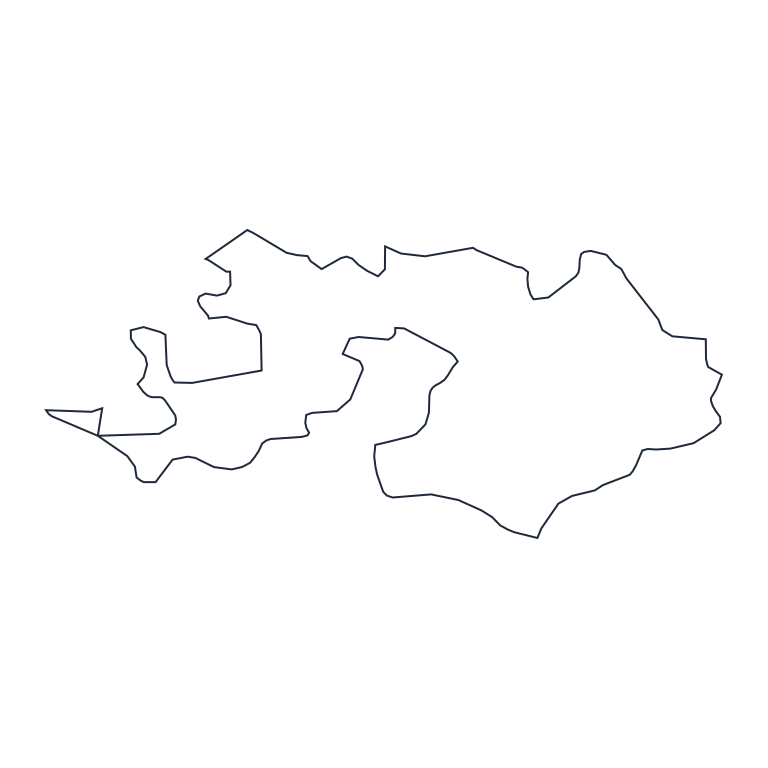 map outline of Basel-Landschaft (Robinson projection)
{"feature_id": "CHE-3423", "entity_name": "Basel-Landschaft", "entity_type": "Canton", "adm_level": 1, "iso_a3": "CHE", "parent_name": "Switzerland", "parent_adm1": "", "projection": "robinson", "projection_center": [7.631, 47.451], "detail": "fine", "context": "isolated", "style": "outline", "palette": "slate", "viewbox_px": 768, "rotation_deg": 0, "n_neighbors": 0, "source": "natural_earth", "source_scale": "10m", "svg_char_len": 2449}
<svg xmlns="http://www.w3.org/2000/svg" viewBox="0 0 768 768"><path d="M425.0,256.3L473.0,247.8L476.5,250.1L516.4,266.7L521.5,267.5L524.0,268.9L528.1,272.2L527.4,278.8L528.1,286.7L530.5,294.5L533.5,299.3L548.3,297.5L575.8,276.3L578.5,272.5L579.3,268.1L579.8,259.5L581.2,253.9L584.2,251.9L590.8,250.9L606.4,254.8L615.1,264.9L621.3,269.0L626.4,278.4L658.4,319.6L662.3,330.0L672.3,336.3L705.8,339.3L706.0,358.7L707.2,364.3L708.2,367.0L721.9,374.7L716.2,389.4L710.9,398.2L711.1,401.3L713.0,406.5L716.2,411.7L720.0,416.8L720.6,423.2L714.2,430.3L693.5,443.2L670.4,448.6L656.4,449.5L647.7,449.0L642.3,450.5L636.2,465.0L632.6,471.4L629.7,474.8L602.9,485.1L594.8,490.4L572.1,495.9L558.4,503.6L541.3,528.5L537.4,538.0L514.2,532.2L507.7,529.5L500.2,525.4L492.1,517.1L481.4,510.4L458.3,500.0L431.1,494.4L392.6,497.5L386.8,495.5L383.2,491.8L377.1,474.5L375.4,466.5L374.2,456.3L375.3,444.9L385.4,442.6L411.4,436.1L416.3,433.9L425.5,424.3L428.9,412.8L429.4,395.5L430.4,391.2L432.6,387.7L435.7,385.3L440.1,382.9L444.5,379.8L447.7,375.6L452.7,367.3L457.7,361.6L454.4,356.5L450.8,353.0L404.1,328.4L395.3,327.9L395.1,333.6L392.6,337.0L388.2,339.6L358.6,337.0L349.7,338.7L342.7,354.0L359.5,361.1L362.2,365.9L362.9,369.2L350.3,399.4L336.9,411.1L312.1,412.9L306.2,415.0L305.3,422.7L306.5,428.2L309.1,432.6L307.5,435.4L301.9,436.9L270.6,439.0L266.3,440.5L262.2,443.5L259.0,450.5L255.1,456.5L250.2,462.7L242.2,467.0L231.8,469.4L214.0,467.1L195.3,457.9L187.5,456.7L172.6,459.6L155.6,482.1L143.7,482.1L140.3,480.4L136.6,477.5L134.9,466.6L127.3,456.1L97.8,435.8L159.2,433.8L175.3,424.4L176.0,419.4L175.2,415.4L165.2,400.6L162.6,397.9L160.1,397.2L152.8,397.2L150.1,396.7L147.1,395.3L144.5,393.0L143.2,391.7L137.9,384.4L137.6,384.1L143.6,377.4L147.1,364.6L145.3,356.9L140.0,350.5L136.4,347.2L130.9,338.7L130.8,330.3L143.6,327.1L160.5,332.1L165.4,334.8L166.7,365.1L170.5,376.1L172.0,379.1L174.4,382.5L192.2,382.9L261.6,370.5L260.9,334.2L259.0,329.9L256.2,325.1L247.3,323.6L226.3,316.8L208.9,318.5L208.0,315.6L200.2,306.3L197.8,300.8L199.3,296.5L205.6,293.6L216.9,295.6L225.7,293.2L230.5,285.3L230.1,271.7L226.4,271.7L208.2,259.9L205.6,259.0L247.3,230.0L253.5,233.1L286.6,252.8L296.9,255.1L307.6,256.1L310.6,261.2L321.6,269.1L340.9,258.1L346.6,256.6L352.2,258.6L358.5,264.9L366.9,270.7L378.0,276.3L384.9,269.3L385.1,246.4L400.9,253.5L425.0,256.3ZM91.6,411.8L102.2,408.2L97.8,435.8L52.1,416.4L48.8,414.1L46.1,410.2L91.6,411.8Z" fill="none" stroke="#1e293b" stroke-width="2"/></svg>